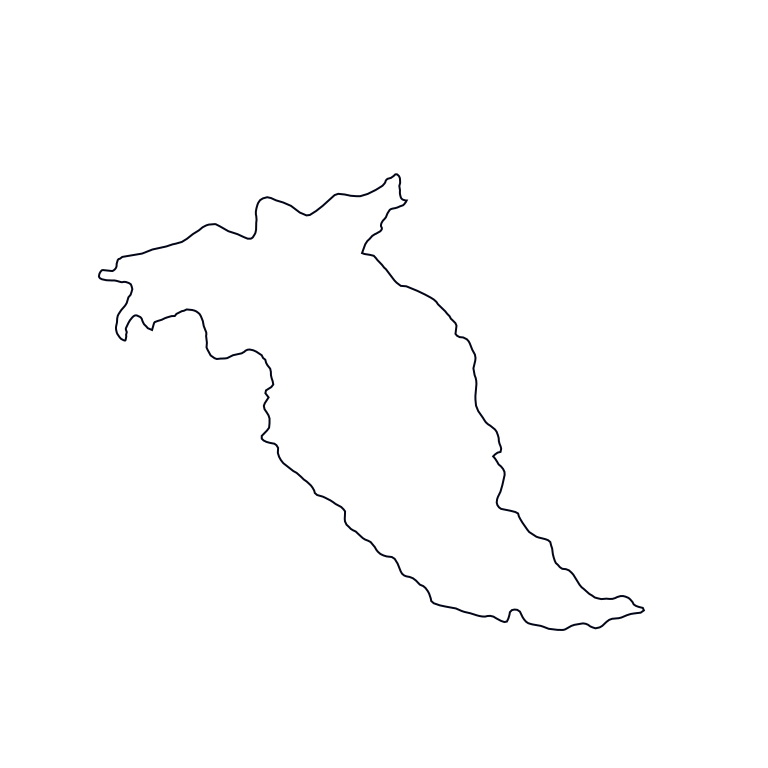 outline of Uarini, Amazonas, Brazil, rotated 282°
{"feature_id": "56859067B41696806475339", "entity_name": "Uarini", "entity_type": "district", "adm_level": 2, "iso_a3": "BRA", "parent_name": "Brazil", "parent_adm1": "Amazonas", "projection": "mercator", "projection_center": [-65.366, -3.206], "detail": "fine", "context": "isolated", "style": "outline", "palette": "ink", "viewbox_px": 768, "rotation_deg": 282, "n_neighbors": 0, "source": "geoboundaries", "source_scale": "gbopen_adm2", "svg_char_len": 6132}
<svg xmlns="http://www.w3.org/2000/svg" viewBox="0 0 768 768"><g transform="rotate(282 384 384)"><path d="M568.2,368.0L568.0,367.0L568.2,364.3L568.5,363.4L569.0,362.6L569.9,361.7L572.7,360.3L574.2,359.8L577.0,359.3L580.1,358.1L581.1,357.8L583.7,358.0L584.9,357.8L588.2,356.9L589.0,356.5L590.3,355.6L591.2,354.3L591.8,353.0L591.4,351.5L589.5,350.2L587.1,348.0L585.4,344.8L584.3,343.9L583.0,343.4L581.5,343.3L580.2,342.8L577.6,341.3L572.3,335.8L566.5,328.5L562.7,321.6L561.9,317.5L561.2,312.3L561.2,306.2L560.5,299.7L558.5,296.4L545.4,286.9L539.1,281.6L533.9,276.3L532.8,273.1L534.2,266.0L538.9,256.0L540.6,247.6L541.2,240.2L542.4,234.8L542.4,230.9L540.4,227.0L538.1,224.6L535.3,223.4L533.5,223.0L529.5,222.7L526.1,222.8L523.3,223.4L521.8,224.1L518.1,225.2L515.2,225.5L508.3,226.8L506.6,226.8L505.1,226.8L503.8,226.5L500.2,225.2L499.1,224.3L498.5,223.5L497.8,220.5L498.6,216.1L500.1,209.6L501.1,200.0L504.1,190.7L505.3,186.2L505.2,185.2L503.5,179.5L502.7,178.0L501.9,176.8L499.6,174.0L495.8,171.0L490.9,165.9L485.1,161.1L480.9,156.7L478.0,151.2L476.6,148.1L473.3,142.5L467.4,129.5L461.3,120.3L453.9,101.6L451.6,99.6L451.0,98.4L449.9,97.8L445.8,97.5L444.5,97.8L443.0,97.9L441.4,97.5L440.2,96.9L438.9,95.9L438.0,94.8L437.0,85.3L436.5,84.3L434.9,83.4L433.4,82.9L432.3,82.7L429.9,82.8L429.0,83.5L428.4,84.2L427.8,86.3L427.8,91.0L428.8,96.9L429.2,98.5L429.3,100.6L429.0,105.6L429.1,106.6L429.9,108.5L430.1,110.5L429.7,113.5L428.9,115.6L427.3,116.7L424.5,118.1L421.4,117.9L418.6,117.6L415.7,116.0L409.7,115.5L406.9,114.5L401.6,111.6L397.6,110.0L395.4,109.4L392.6,109.4L388.8,110.0L384.4,110.0L383.0,110.2L381.1,110.8L378.6,112.0L377.5,112.8L374.8,115.6L373.5,117.4L372.7,120.1L372.6,121.6L373.4,122.1L377.1,122.0L378.4,121.5L381.3,121.6L383.2,120.4L384.1,120.0L385.1,120.0L390.6,121.3L393.6,122.3L396.7,123.9L397.8,124.6L398.6,125.3L399.3,126.2L399.7,127.8L398.9,131.4L398.4,132.4L397.5,133.4L395.3,134.7L393.2,136.3L392.4,137.1L390.9,139.5L389.5,141.3L388.6,145.9L395.8,146.4L396.9,146.9L398.5,149.4L400.6,153.2L402.8,156.0L404.1,158.1L406.3,162.2L407.0,165.2L409.4,166.4L413.2,171.1L414.0,173.0L415.9,175.5L416.5,181.0L416.4,183.3L416.0,185.2L415.1,187.3L414.1,189.1L412.1,190.9L407.9,193.7L403.3,195.6L397.5,199.4L395.7,199.9L394.0,200.0L387.5,202.2L382.9,202.8L380.8,204.3L375.9,208.5L374.0,212.9L373.7,215.3L374.8,218.6L375.9,223.0L376.7,225.2L380.8,230.4L384.4,238.4L386.6,240.8L387.8,241.6L388.4,242.4L389.2,243.5L389.8,245.5L389.8,249.1L389.1,252.3L386.7,258.4L384.3,260.3L383.1,262.8L380.2,264.3L378.1,266.1L375.3,269.5L372.4,270.8L369.1,271.6L366.1,273.0L363.6,274.5L360.5,275.8L357.6,274.4L353.2,269.9L350.3,269.9L346.9,273.9L340.4,271.4L337.6,271.0L334.5,272.4L331.8,275.2L329.4,277.5L326.5,279.2L321.7,280.2L317.3,280.7L314.1,279.2L307.8,275.2L305.1,275.8L303.7,278.0L302.9,281.2L302.7,284.9L302.8,289.2L301.8,291.5L299.5,293.7L294.5,294.5L291.0,296.5L288.1,299.0L285.6,302.0L280.0,313.4L278.9,317.0L275.9,322.3L273.9,325.4L272.6,328.5L271.1,331.1L269.5,333.7L267.7,335.7L265.2,337.9L263.0,339.0L261.5,341.7L261.1,347.6L260.5,350.2L259.0,355.8L257.8,358.9L256.6,361.5L254.8,367.7L253.0,370.5L251.3,372.4L247.4,373.1L244.1,373.6L241.5,374.4L238.6,376.6L236.8,379.6L235.4,381.6L234.5,384.1L233.8,387.1L232.1,389.8L228.9,395.2L227.9,397.9L227.4,401.0L226.6,403.8L222.5,409.0L220.4,410.8L218.7,412.8L217.0,415.8L216.2,419.1L215.9,422.4L216.4,427.6L215.2,430.8L211.1,434.7L204.2,439.3L202.2,441.1L200.9,443.5L200.5,446.0L200.6,449.1L200.0,452.7L198.4,456.1L195.2,460.8L194.5,464.4L193.1,467.0L190.5,469.9L188.4,471.7L184.0,474.3L181.6,475.3L179.9,478.2L179.1,484.6L179.1,490.5L179.4,501.0L178.1,507.3L177.8,510.1L177.7,516.1L177.0,523.2L176.9,525.7L177.0,528.3L177.5,531.2L178.6,533.6L179.3,536.2L179.2,539.5L178.2,542.3L176.6,547.8L176.2,551.2L177.2,553.6L180.4,554.4L184.1,554.7L187.0,554.6L189.4,556.1L190.5,558.5L190.8,561.3L189.6,564.3L184.8,568.0L182.8,570.0L181.0,572.4L180.0,574.9L179.7,578.8L180.0,587.6L179.7,590.4L178.8,596.0L179.6,605.0L180.7,610.4L181.7,612.3L186.3,617.5L188.0,620.3L191.2,628.3L191.4,631.1L190.9,633.7L189.8,636.1L189.3,638.6L189.0,641.7L190.8,645.6L192.8,647.8L197.6,651.1L200.1,653.3L201.8,656.0L203.7,662.2L204.9,664.7L208.5,669.9L210.4,673.3L211.7,676.7L213.7,682.6L216.6,685.3L218.8,683.7L218.9,679.9L219.3,676.7L220.3,674.1L222.4,672.4L224.6,669.5L225.6,667.6L226.2,664.5L226.3,661.9L225.7,659.4L224.2,656.6L222.6,654.5L221.3,652.1L220.6,649.0L220.3,646.3L218.8,641.3L218.8,637.6L219.0,634.6L220.4,631.4L221.4,628.4L225.0,622.1L226.3,619.5L228.3,617.0L236.9,608.8L238.5,606.6L240.2,603.6L240.7,600.4L240.3,596.8L241.4,594.1L243.3,591.6L244.6,589.3L246.6,587.8L249.7,586.0L252.8,584.5L258.0,582.7L261.1,580.9L264.0,579.5L265.4,576.8L265.8,573.7L266.0,567.3L266.3,564.8L269.4,556.8L271.2,554.6L277.3,548.1L280.1,545.5L282.5,543.5L285.2,542.1L286.1,539.1L286.3,533.9L286.2,524.5L287.2,522.2L289.0,520.2L291.4,518.9L294.7,518.6L297.2,518.9L302.8,520.3L309.9,520.8L320.2,520.9L323.1,520.1L325.6,518.2L327.7,515.6L329.2,512.8L331.6,510.7L334.2,508.1L335.9,505.8L338.1,507.2L340.5,509.4L341.8,512.1L345.0,512.1L347.3,511.0L349.6,509.4L352.1,508.2L355.0,507.4L357.5,506.1L360.7,504.1L362.6,502.0L365.3,496.7L366.2,494.2L367.7,491.6L369.4,489.8L371.7,487.6L377.1,481.8L382.0,478.5L387.7,476.7L391.2,475.9L403.3,474.4L406.5,473.5L409.0,472.4L411.5,470.8L417.9,468.2L425.7,468.4L428.5,468.1L431.7,466.8L435.9,463.2L441.5,459.5L443.4,457.9L445.0,455.7L446.0,451.8L445.6,448.2L446.4,445.4L447.9,443.5L456.1,442.8L458.4,441.2L460.3,438.3L461.8,435.8L463.9,434.1L465.9,431.1L467.9,428.7L473.2,420.2L475.2,418.2L477.0,415.1L478.3,411.5L480.1,405.3L482.0,397.5L484.2,385.5L483.5,380.0L485.7,375.3L487.5,372.6L496.7,362.0L497.9,359.9L500.2,357.2L503.7,352.0L505.7,349.6L507.3,347.3L507.4,343.3L507.1,337.8L507.5,335.3L516.8,336.6L520.4,338.0L523.0,339.8L526.4,341.7L528.7,344.0L529.4,345.0L532.6,348.6L534.1,349.4L535.3,349.7L536.5,349.3L537.6,348.3L538.7,348.0L540.1,348.0L541.4,348.2L543.6,349.0L545.5,350.2L547.5,351.2L551.5,351.9L555.5,353.4L556.5,354.4L557.3,355.8L558.4,358.5L559.5,360.5L561.1,362.7L562.8,365.5L564.1,366.4L566.4,367.5L568.2,368.0Z" fill="none" stroke="#020617" stroke-width="2"/></g></svg>